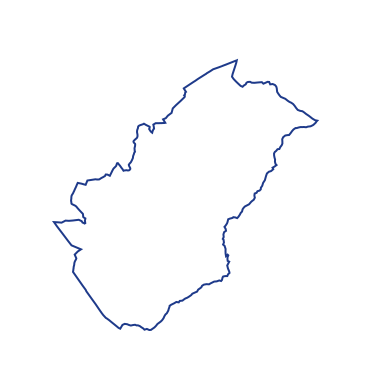 outline of Keiyo South, Rift Valley, Kenya, rotated 55°
{"feature_id": "3690345B51361114330680", "entity_name": "Keiyo South", "entity_type": "district", "adm_level": 2, "iso_a3": "KEN", "parent_name": "Kenya", "parent_adm1": "Rift Valley", "projection": "mercator", "projection_center": [35.567, 0.379], "detail": "fine", "context": "isolated", "style": "outline", "palette": "blue", "viewbox_px": 384, "rotation_deg": 55, "n_neighbors": 0, "source": "geoboundaries", "source_scale": "gbopen_adm2", "svg_char_len": 6077}
<svg xmlns="http://www.w3.org/2000/svg" viewBox="0 0 384 384"><g transform="rotate(55 192 192)"><path d="M189.2,335.3L193.6,335.3L206.0,335.3L211.1,335.2L211.8,335.3L212.7,335.5L222.6,335.4L228.5,335.3L236.0,335.4L239.4,335.4L241.9,335.3L245.7,334.8L246.5,334.4L249.4,333.4L252.7,332.5L256.5,331.4L258.6,330.8L261.2,330.1L262.8,329.2L261.9,327.2L261.0,325.2L261.4,322.8L262.8,321.3L263.2,320.9L264.8,319.9L266.3,318.7L267.2,316.5L268.1,314.8L269.5,313.9L270.2,312.8L271.8,311.7L273.6,311.1L275.8,310.2L277.5,309.9L278.3,307.5L280.5,306.2L281.4,304.8L281.4,302.3L281.4,300.5L281.0,298.3L280.3,296.0L280.2,292.0L279.9,290.1L279.1,287.8L278.0,286.0L277.1,284.0L276.9,282.2L276.2,280.8L275.5,279.4L274.4,278.1L273.5,276.8L272.9,276.0L272.4,275.6L272.4,273.7L272.9,270.6L273.1,267.9L274.8,266.2L274.2,264.5L275.5,262.1L275.4,260.6L275.4,258.6L275.9,256.4L276.0,254.2L276.0,251.8L275.5,250.1L276.0,247.4L276.5,245.0L275.5,242.9L275.5,240.4L275.4,239.0L274.6,237.5L274.7,235.4L275.8,233.0L277.4,231.0L277.5,229.2L278.1,225.2L279.4,223.0L280.1,220.4L281.6,219.2L281.2,217.8L279.9,216.4L279.4,215.7L279.1,214.9L279.9,213.1L281.1,211.3L280.1,209.7L279.8,207.7L278.7,207.2L277.9,207.0L275.3,206.4L272.4,205.3L270.4,201.5L268.9,202.3L267.4,201.5L265.9,200.4L264.7,198.6L263.7,198.8L264.0,200.9L261.7,199.8L259.7,198.5L258.1,197.3L257.5,197.0L256.7,196.8L254.8,196.2L252.9,196.7L251.7,194.8L249.1,193.5L248.1,193.7L247.1,191.9L244.8,190.6L243.3,188.7L243.3,186.4L241.5,185.6L240.1,185.5L239.2,185.4L239.0,184.5L238.5,183.0L237.8,181.3L237.1,180.3L235.1,178.0L235.5,176.3L235.8,175.5L236.0,175.0L236.5,173.5L236.3,172.6L237.7,171.1L239.3,170.0L239.0,168.4L238.1,166.0L237.1,164.1L236.7,162.2L235.2,160.5L234.5,158.6L234.2,156.9L234.8,152.3L234.2,150.0L234.0,149.3L233.8,147.5L233.8,146.3L233.7,145.7L232.7,143.8L231.0,143.1L230.4,142.7L229.2,141.5L229.7,139.6L228.9,137.9L229.6,135.9L229.3,134.2L228.0,133.1L227.2,130.9L225.3,128.5L224.1,125.5L222.6,123.7L221.3,122.1L219.8,120.0L219.5,117.4L220.2,115.3L220.1,113.7L219.9,112.3L218.3,112.1L218.5,109.7L218.4,107.3L216.9,107.5L214.8,106.7L213.0,105.3L211.2,104.7L209.2,103.8L207.5,102.7L206.7,101.2L206.6,99.5L206.0,97.4L206.9,95.8L205.8,93.8L205.2,91.8L204.2,90.2L202.6,89.1L200.5,87.8L199.4,85.9L199.2,83.2L200.2,81.1L201.0,79.8L200.4,77.6L199.5,75.1L199.0,73.0L199.0,70.5L199.7,69.5L200.4,67.4L201.1,65.8L201.6,65.1L202.0,64.6L202.9,63.1L204.4,61.4L204.9,59.6L206.2,57.2L206.6,54.7L206.6,53.8L206.2,51.0L205.6,49.5L205.4,48.5L203.8,50.0L200.9,51.3L198.5,52.0L196.6,52.6L193.5,53.8L191.1,54.5L189.2,55.2L187.5,56.9L185.4,58.3L183.0,58.5L180.3,58.5L178.0,58.7L175.8,59.5L174.1,60.5L172.0,61.3L169.2,62.1L166.8,63.6L165.0,64.7L162.9,64.9L160.6,64.9L158.8,64.8L157.3,64.0L155.7,63.1L153.9,62.5L151.9,62.7L149.8,64.0L148.7,66.2L146.1,65.7L145.1,66.9L144.7,69.1L144.2,71.4L142.1,71.8L141.0,73.6L139.5,76.2L138.4,78.2L136.7,80.4L135.1,81.2L134.1,82.8L133.8,83.6L133.8,84.8L134.6,86.2L134.5,88.4L134.8,90.2L133.0,91.3L130.2,91.9L127.7,92.4L126.0,92.7L123.3,93.1L120.5,93.1L118.7,91.1L116.9,88.7L113.9,84.7L112.6,83.0L112.2,82.5L111.5,81.6L109.8,79.8L107.6,89.0L105.3,98.3L103.6,104.3L103.5,107.8L103.3,110.6L103.2,111.9L103.3,112.6L103.2,113.9L103.1,115.8L103.0,118.2L102.9,119.9L102.8,122.5L102.8,125.8L102.7,127.5L102.4,139.3L103.3,139.4L106.5,139.5L106.5,140.3L107.0,140.9L107.8,141.5L108.1,142.1L108.3,142.9L109.0,142.7L109.7,143.2L110.0,143.7L110.9,149.2L111.1,150.8L111.7,155.4L112.5,159.8L115.5,163.4L115.5,164.6L115.6,167.3L115.6,167.9L116.5,171.1L115.9,174.0L120.0,174.2L119.7,174.9L118.0,177.6L115.8,180.9L115.4,181.5L114.8,182.3L114.6,185.0L115.3,185.3L116.9,186.0L118.4,186.8L118.5,187.6L119.5,189.3L120.6,190.6L120.0,190.8L119.2,191.0L118.5,191.1L115.9,191.0L115.5,190.6L115.3,190.0L114.9,189.7L114.3,189.3L113.8,189.5L110.9,191.1L108.5,192.2L108.5,192.7L108.4,193.2L108.2,193.8L108.0,194.6L107.7,195.5L107.5,196.3L107.3,197.5L107.4,198.3L107.9,199.0L108.5,199.5L109.0,200.1L109.4,200.8L109.9,201.4L110.4,201.9L110.9,202.3L111.8,202.9L113.2,203.5L114.0,203.9L114.7,204.4L115.2,204.8L115.6,205.3L116.0,205.9L116.2,206.9L116.4,208.8L116.7,210.3L116.9,210.8L117.3,211.1L118.1,211.3L118.8,211.2L119.3,211.1L119.9,211.0L120.5,211.3L121.6,212.2L123.1,213.9L123.5,214.2L124.2,214.6L125.0,215.0L125.4,215.4L126.3,215.6L126.7,216.7L127.1,217.3L127.5,217.7L127.9,218.3L128.3,218.9L128.8,219.6L129.3,220.1L129.8,220.5L130.3,221.0L130.8,221.8L131.5,223.0L132.5,224.9L132.8,225.9L132.8,226.6L133.1,227.2L133.4,228.1L134.2,228.5L134.8,228.6L136.2,228.8L137.0,228.9L137.7,229.3L138.1,230.3L138.1,231.2L137.7,232.0L137.2,232.6L136.6,233.1L136.2,233.9L135.8,234.6L135.5,235.2L135.3,235.9L132.9,235.8L132.2,235.9L129.2,235.9L125.8,236.2L125.5,237.0L125.8,237.4L126.4,238.2L127.1,239.1L127.3,239.9L127.4,240.5L127.5,241.1L127.6,241.6L127.7,242.4L127.9,243.1L128.3,243.9L128.9,245.1L129.8,246.7L131.6,250.0L129.2,251.3L128.2,252.7L128.5,253.2L128.8,253.7L129.0,254.2L128.9,255.0L128.8,256.6L128.6,257.8L128.5,259.4L128.5,260.2L128.4,261.0L127.8,261.8L127.4,262.5L126.2,263.8L122.6,271.1L125.1,275.0L123.7,276.2L122.2,277.4L121.5,278.0L119.0,280.4L119.4,281.0L119.8,281.8L120.7,283.2L121.1,283.8L122.7,286.6L123.4,287.7L123.8,288.4L124.1,289.0L124.6,289.8L125.0,290.6L125.4,291.6L125.8,292.5L126.3,293.1L127.3,294.0L127.9,294.4L129.1,295.5L129.6,295.9L130.0,296.2L130.8,296.5L131.5,296.9L132.4,297.4L133.2,297.2L135.9,295.7L136.6,295.4L137.2,295.2L138.8,295.0L139.5,295.0L141.2,294.8L142.0,294.7L142.8,294.6L145.6,294.2L147.2,293.9L148.3,294.4L150.0,295.4L150.6,295.3L151.3,295.1L152.5,294.5L153.0,295.0L153.5,295.6L154.1,296.2L154.6,296.4L156.3,297.3L156.2,298.1L155.5,298.4L154.9,298.7L154.3,299.2L152.6,299.1L149.8,300.7L147.1,305.8L145.0,309.4L142.9,312.0L142.3,316.4L140.1,319.0L137.5,322.3L142.4,322.3L147.6,322.1L149.8,322.0L154.9,321.8L160.7,321.6L166.6,321.3L172.3,317.7L175.3,315.8L175.2,319.6L176.0,324.0L180.0,324.8L180.4,325.3L180.7,325.8L181.7,327.8L182.3,328.6L182.8,329.2L183.3,329.6L183.9,330.1L184.3,330.5L184.9,331.2L185.5,331.9L186.7,332.9L187.1,333.4L187.8,333.9L189.2,335.3Z" fill="none" stroke="#1e3a8a" stroke-width="2"/></g></svg>